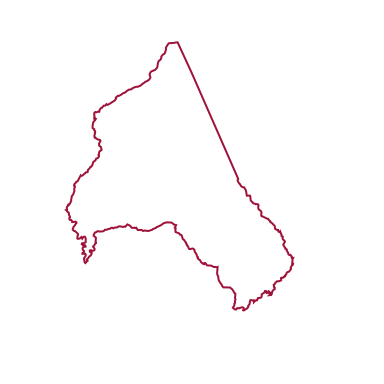 outline of Araguaçu, Tocantins, Brazil, rotated 213°
{"feature_id": "56859067B84817791137165", "entity_name": "Araguaçu", "entity_type": "district", "adm_level": 2, "iso_a3": "BRA", "parent_name": "Brazil", "parent_adm1": "Tocantins", "projection": "natural_earth1", "projection_center": [-49.734, -12.841], "detail": "fine", "context": "isolated", "style": "outline", "palette": "rose", "viewbox_px": 384, "rotation_deg": 213, "n_neighbors": 0, "source": "geoboundaries", "source_scale": "gbopen_adm2", "svg_char_len": 5986}
<svg xmlns="http://www.w3.org/2000/svg" viewBox="0 0 384 384"><g transform="rotate(213 192 192)"><path d="M287.8,108.3L286.8,108.3L285.9,107.6L284.2,107.6L282.8,105.9L281.2,105.0L280.5,104.3L280.7,103.2L279.9,102.4L279.2,102.1L278.4,102.7L277.4,102.6L276.1,101.5L273.4,103.8L272.6,103.7L272.0,103.2L272.2,102.0L272.1,99.9L272.4,98.1L272.0,97.2L271.9,96.1L271.5,95.4L269.7,95.1L268.8,95.5L265.0,94.8L264.1,93.9L264.1,92.8L262.9,90.6L262.1,90.6L260.7,92.0L260.3,93.9L258.6,93.1L258.7,95.1L258.1,95.9L257.2,96.1L256.6,95.7L255.5,94.7L253.8,91.9L254.8,90.3L256.3,89.1L256.1,88.2L254.7,88.0L253.3,88.9L252.4,89.1L251.5,88.2L253.0,86.8L253.3,86.0L252.9,84.9L252.0,84.0L250.4,83.7L249.9,83.1L250.1,82.1L250.6,81.2L250.2,80.5L247.9,82.0L247.1,81.7L246.6,80.9L246.4,80.0L246.4,77.4L243.7,74.5L242.7,74.3L242.4,76.5L242.1,77.4L242.9,77.6L243.6,78.1L243.1,79.3L243.0,82.2L242.5,83.0L242.4,83.8L242.6,85.6L243.0,86.4L245.1,86.2L245.8,87.2L245.2,88.2L243.6,88.3L242.5,89.4L242.2,90.3L242.9,91.5L245.2,92.2L244.9,94.2L245.1,96.1L244.7,96.9L245.1,97.5L245.8,97.8L247.6,101.2L248.5,101.6L250.6,101.7L251.2,102.6L251.3,105.2L250.6,106.0L249.8,107.8L247.5,108.7L246.9,109.4L246.0,109.9L245.1,110.7L244.6,111.7L244.5,112.9L243.3,113.6L242.0,115.4L240.6,116.8L240.2,118.0L239.4,118.6L238.3,118.6L237.2,120.4L235.8,121.2L234.5,123.5L232.6,124.5L230.9,125.0L229.7,126.4L229.0,126.6L228.6,129.6L225.7,130.0L223.2,129.2L221.6,129.9L221.1,130.6L220.0,130.8L219.3,131.7L216.8,130.6L213.7,132.7L211.9,132.6L210.9,133.8L210.2,134.0L209.5,134.6L207.7,135.2L204.9,138.5L204.7,139.5L202.7,142.2L202.6,143.2L201.1,145.3L199.8,147.6L198.9,150.1L197.7,151.8L197.0,152.2L196.5,152.9L192.5,155.2L190.4,155.1L189.7,154.8L187.3,155.6L187.0,152.7L186.3,152.9L185.7,152.3L185.2,150.8L183.9,149.5L180.7,150.2L179.8,150.2L178.9,149.7L177.9,150.1L177.0,150.0L174.0,147.5L172.1,147.4L171.2,146.8L169.5,146.3L169.1,145.7L167.7,145.2L167.3,144.5L165.7,144.2L163.8,142.8L163.2,142.7L162.5,143.1L160.9,144.8L160.2,145.1L159.2,145.0L158.4,144.7L157.2,143.4L154.6,142.4L152.8,140.9L151.4,140.5L151.3,139.7L149.8,139.2L147.8,139.1L146.3,138.1L143.2,137.8L142.6,138.1L143.0,139.0L142.4,139.6L141.5,139.5L139.8,138.7L139.0,138.9L135.6,140.8L133.6,140.8L132.6,141.2L130.2,142.5L129.7,143.1L126.9,137.9L125.7,136.4L124.2,135.6L121.7,132.7L119.6,131.6L115.9,130.1L115.2,129.4L113.7,129.1L108.2,132.6L105.3,132.3L103.1,131.4L101.8,130.5L100.3,130.4L98.7,127.6L98.4,126.7L96.9,125.4L96.6,123.9L95.5,122.4L95.7,121.6L94.7,119.9L94.7,117.2L91.8,116.9L91.0,117.6L90.8,119.3L89.3,120.0L87.4,122.5L86.4,122.9L85.7,123.0L85.2,122.4L84.7,120.7L84.0,120.9L82.5,124.1L82.2,126.2L82.9,127.1L82.6,129.2L83.8,131.7L84.1,133.1L83.3,133.7L82.3,133.9L81.3,134.8L80.1,133.3L79.9,134.6L79.2,136.3L78.4,136.6L78.9,139.0L77.3,140.2L76.6,141.2L76.6,142.1L77.8,144.1L76.3,147.8L76.9,148.6L76.1,149.2L74.4,147.9L73.8,148.6L73.9,150.4L73.2,150.5L72.9,149.2L71.9,149.0L71.5,150.2L70.7,150.3L70.5,149.5L70.9,147.6L69.5,148.7L69.5,149.6L70.5,152.4L70.3,154.8L69.7,155.5L70.7,157.0L71.4,156.9L72.9,158.6L72.5,159.8L72.7,160.6L72.1,163.3L70.1,164.9L69.1,166.5L70.5,168.4L70.0,169.1L69.2,169.4L68.8,170.1L68.9,170.9L68.1,171.4L68.0,172.2L68.5,172.7L68.1,174.1L68.6,175.7L68.3,176.8L67.3,178.0L67.0,180.5L67.1,181.5L68.0,182.2L68.2,184.4L67.8,186.0L68.2,186.9L68.9,186.4L71.0,190.3L71.2,191.5L71.8,190.8L72.6,191.1L73.2,192.3L74.3,192.4L75.2,192.9L76.0,192.2L76.9,192.2L77.6,192.5L78.1,193.3L78.9,193.7L80.6,194.3L80.9,195.1L81.5,195.5L82.9,195.2L83.4,196.0L84.8,196.4L86.8,197.5L87.0,201.0L87.6,201.4L89.9,201.8L90.9,202.5L91.6,204.0L93.0,203.9L93.8,205.1L94.4,205.3L96.7,207.1L96.9,206.0L98.1,205.9L99.2,207.1L99.9,206.6L101.9,206.3L102.9,207.0L103.3,207.7L104.2,208.6L108.8,209.6L109.9,209.4L110.6,210.2L112.2,210.3L113.5,211.0L114.7,210.5L119.5,210.0L120.3,209.6L121.0,209.9L121.6,210.6L122.5,212.7L124.0,213.6L126.3,213.7L127.3,214.2L128.6,215.9L128.9,217.1L130.2,217.6L132.2,216.4L133.3,216.4L134.1,215.9L135.2,216.0L135.9,216.5L137.1,216.5L138.5,217.2L140.8,220.2L141.6,220.5L144.0,218.8L147.9,222.9L149.7,223.6L150.5,224.3L152.5,223.6L153.5,223.6L155.0,224.1L155.8,224.7L157.0,224.8L159.5,226.0L160.3,227.0L160.3,228.1L256.9,291.6L285.6,309.7L289.6,306.2L291.9,304.6L292.4,304.1L292.6,303.2L292.5,298.8L291.4,297.3L290.7,295.1L290.4,292.9L291.1,291.8L291.4,290.2L291.5,288.9L290.7,287.5L290.5,286.6L290.6,285.5L291.3,283.7L290.7,281.3L289.2,278.1L289.0,276.9L289.5,274.2L291.2,271.8L291.9,270.5L292.0,269.7L291.5,267.2L290.3,266.5L289.2,265.2L289.1,263.1L290.0,260.6L290.9,259.5L291.9,256.9L292.8,254.7L293.0,253.3L295.0,250.5L295.8,250.1L296.6,249.3L298.4,246.7L298.8,245.1L300.7,243.4L301.7,241.2L302.3,238.9L303.7,237.2L304.3,235.3L305.6,232.8L306.6,232.3L307.3,229.6L306.5,229.0L306.6,226.8L309.6,220.1L310.4,219.0L311.6,219.1L311.7,217.5L312.2,216.9L313.0,216.4L313.3,215.3L313.3,213.8L314.1,212.8L314.2,210.3L313.7,209.6L313.5,208.7L314.6,208.2L315.5,206.8L316.7,206.4L317.0,205.1L316.4,204.3L316.2,203.5L315.5,203.1L314.9,202.1L314.5,201.1L313.8,201.2L313.7,200.3L312.5,200.8L312.4,199.6L312.8,196.9L311.6,193.7L310.2,191.5L308.2,191.4L307.7,190.6L306.7,190.4L305.9,189.7L305.9,188.9L305.2,188.3L305.0,187.3L304.3,185.7L303.2,184.6L302.6,185.1L301.8,184.7L299.4,184.8L297.9,185.4L297.0,185.4L296.5,184.7L296.3,181.8L295.5,181.1L295.2,180.4L292.9,180.1L290.8,178.2L290.9,177.3L291.5,176.4L291.6,174.9L290.7,173.3L290.8,172.3L289.9,171.9L289.3,171.0L289.5,170.2L289.5,169.1L290.6,167.7L290.2,165.9L291.1,163.6L291.0,162.6L290.1,160.0L290.4,159.1L290.4,158.1L290.9,157.5L290.8,155.8L291.3,154.0L290.4,151.8L291.8,150.5L291.8,149.5L292.2,148.7L292.7,146.5L293.1,145.8L293.7,145.1L294.4,145.3L293.8,139.0L294.7,136.9L294.5,135.8L294.9,135.1L294.8,133.8L294.2,133.0L293.4,133.1L292.9,132.4L292.9,131.4L292.3,130.5L292.1,129.7L291.2,128.9L290.3,125.1L290.6,123.0L290.0,122.0L289.2,119.8L288.5,118.8L288.5,117.8L288.1,116.8L288.0,115.8L288.9,114.1L288.2,113.7L288.8,111.9L288.5,110.8L287.3,109.2L287.8,108.3Z" fill="none" stroke="#9f1239" stroke-width="2"/></g></svg>